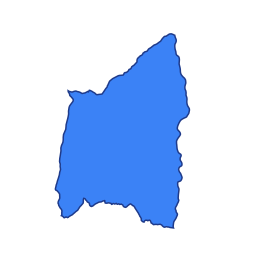 outline of Tipacoque, Boyacá, Colombia, rotated 12°
{"feature_id": "7082276B13744677473315", "entity_name": "Tipacoque", "entity_type": "district", "adm_level": 2, "iso_a3": "COL", "parent_name": "Colombia", "parent_adm1": "Boyacá", "projection": "robinson", "projection_center": [-72.693, 6.427], "detail": "fine", "context": "isolated", "style": "filled", "palette": "blue", "viewbox_px": 256, "rotation_deg": 12, "n_neighbors": 0, "source": "geoboundaries", "source_scale": "gbopen_adm2", "svg_char_len": 5812}
<svg xmlns="http://www.w3.org/2000/svg" viewBox="0 0 256 256"><g transform="rotate(12 128 128)"><path d="M61.7,104.0L62.0,105.0L63.2,106.2L64.0,107.4L64.2,108.1L64.7,108.6L66.0,109.4L67.9,110.9L68.5,111.6L68.7,112.4L68.6,113.5L67.0,116.9L66.3,118.6L66.1,120.0L66.3,123.8L67.0,126.7L67.1,129.0L67.1,131.0L67.0,132.9L66.8,137.7L67.1,139.6L67.4,142.2L66.3,147.8L66.6,150.7L67.0,152.5L67.2,153.9L67.3,155.4L67.0,157.2L66.6,158.8L66.5,161.5L67.2,164.4L67.5,169.5L67.6,172.0L68.0,174.9L68.6,176.3L69.2,177.2L69.6,179.7L70.6,182.4L70.6,183.9L70.4,185.3L70.6,188.3L70.2,192.8L70.0,194.2L69.9,197.0L69.6,198.9L69.7,199.6L69.6,202.2L69.7,203.0L70.2,203.7L71.6,204.1L72.7,204.9L73.5,205.5L74.8,206.8L75.0,207.5L75.8,210.6L75.8,211.2L75.7,211.8L75.3,213.2L75.1,214.3L75.1,215.0L75.2,216.1L75.6,216.4L76.3,218.0L77.4,219.3L78.7,220.7L79.5,221.2L80.4,222.3L80.8,223.8L80.8,224.5L81.2,226.2L81.3,226.8L81.0,227.6L81.7,227.7L82.5,228.0L82.9,228.2L84.0,229.0L84.7,228.9L85.3,228.2L86.4,227.9L86.6,227.9L87.0,228.1L87.5,228.2L88.2,227.7L88.7,226.9L89.4,226.2L89.9,225.9L90.0,225.7L91.6,224.4L91.9,224.0L92.7,222.7L93.2,222.3L93.9,221.2L95.1,219.7L95.6,219.3L95.9,218.9L96.2,218.0L97.3,215.1L97.6,214.5L98.1,213.9L99.5,211.3L99.7,210.9L99.7,209.8L99.3,207.8L99.2,207.0L99.3,206.0L99.4,205.9L100.8,206.2L101.6,207.2L102.2,207.4L102.7,207.7L103.1,208.3L103.7,208.8L104.9,209.1L105.4,209.4L106.1,210.1L106.3,211.0L106.9,211.8L107.8,212.2L107.9,212.3L108.4,212.1L108.7,212.3L109.9,211.5L110.3,210.9L112.1,208.8L112.9,208.3L114.8,206.7L115.7,206.3L117.1,205.9L118.7,204.6L119.4,204.3L120.0,203.9L120.3,203.9L120.5,204.9L120.8,205.2L121.0,205.3L121.2,206.0L121.3,206.1L122.0,206.1L123.0,205.9L124.7,205.2L127.0,205.3L127.5,205.4L127.7,205.6L127.7,206.0L127.9,206.1L128.3,205.9L128.4,205.6L129.0,205.1L129.4,204.9L129.9,204.9L130.3,205.1L130.9,205.1L131.2,204.9L132.1,204.2L132.3,204.2L132.7,204.6L133.5,204.8L134.0,204.5L134.5,204.1L134.9,204.1L135.5,204.5L136.9,204.1L137.1,203.9L137.5,203.9L139.0,204.5L139.6,205.4L140.8,206.1L141.3,206.0L142.1,206.1L142.3,206.0L142.7,205.7L143.4,204.9L143.9,204.0L144.5,203.4L145.1,202.6L146.2,201.7L146.4,201.7L146.7,201.8L147.0,202.0L147.5,202.3L147.9,202.4L148.4,202.7L148.6,202.9L149.7,203.0L150.7,203.9L151.1,204.1L151.4,204.7L151.9,205.2L155.3,208.6L155.6,208.8L156.3,209.8L157.1,210.6L157.8,211.7L158.1,212.0L158.4,212.2L160.0,214.1L160.0,215.2L160.1,215.4L161.4,216.4L162.0,216.6L163.2,216.7L163.2,216.2L163.7,215.2L164.0,214.9L164.7,214.5L166.1,214.3L166.5,214.6L167.0,214.4L167.7,213.8L168.1,213.7L168.8,213.8L169.0,213.9L170.5,216.1L170.8,216.0L171.2,216.3L173.0,217.2L175.1,216.5L176.4,216.3L176.8,216.4L179.3,215.5L179.7,215.5L180.3,215.7L181.1,215.8L181.7,216.4L182.7,217.0L184.0,217.5L185.1,217.1L185.9,216.6L186.7,216.5L186.9,216.5L187.5,216.6L188.1,216.4L189.7,216.6L193.3,216.3L193.0,215.8L192.6,214.8L192.3,211.6L192.3,210.4L192.4,209.8L193.4,207.2L193.7,206.3L194.3,203.2L194.3,202.1L194.2,201.8L192.5,200.0L192.2,198.9L191.9,198.4L191.4,197.9L191.2,197.5L191.1,197.1L191.0,196.1L191.1,195.5L191.3,194.9L191.8,193.4L192.0,192.0L192.6,189.8L192.7,188.2L192.5,187.7L192.1,187.3L191.8,186.5L191.6,185.9L191.1,182.4L190.8,178.7L190.6,177.4L190.4,176.8L190.0,176.2L188.9,174.6L188.5,173.5L188.0,171.6L188.0,171.1L188.1,170.6L188.3,170.2L190.2,169.0L190.5,168.7L190.8,168.1L191.2,166.6L191.2,165.4L191.1,165.0L190.6,164.1L188.8,161.4L188.3,161.0L187.8,160.7L187.6,160.4L186.9,159.5L186.2,158.2L186.1,157.8L186.1,157.3L186.2,156.4L186.4,155.9L187.0,154.9L188.0,154.1L188.3,153.7L188.4,153.3L188.4,152.8L188.3,152.1L188.1,151.5L187.7,150.7L187.2,150.1L186.3,149.2L185.9,148.7L185.4,147.6L185.3,146.5L185.5,145.3L185.7,144.7L185.7,144.1L185.6,143.5L185.1,142.8L183.0,141.9L181.9,140.9L180.6,138.7L180.2,137.7L179.3,134.8L179.1,134.1L178.8,133.4L178.3,131.4L178.2,130.5L178.5,129.1L179.0,127.6L180.3,124.7L180.5,123.9L180.6,123.3L180.4,122.6L180.1,122.0L179.1,120.9L177.0,119.4L176.5,118.7L176.2,117.8L176.2,115.6L176.9,112.2L177.6,110.2L177.9,109.5L179.2,108.0L181.1,106.4L182.3,105.6L183.0,104.9L183.7,102.8L184.0,102.2L184.4,100.9L184.4,97.8L184.1,96.7L183.5,95.8L181.8,94.0L181.0,92.7L180.4,91.3L180.0,89.8L179.7,87.5L179.2,86.0L177.9,83.8L177.5,81.5L176.9,79.8L175.9,78.4L175.3,77.1L175.0,75.3L175.2,72.1L175.0,71.2L174.3,69.1L173.1,67.7L170.8,66.3L169.2,65.0L168.2,63.7L167.6,62.2L166.9,59.6L166.2,57.9L164.7,54.8L164.5,53.6L164.1,50.6L163.7,49.3L163.2,48.3L162.6,47.6L160.5,46.6L160.0,46.1L159.6,45.4L158.9,43.4L157.6,40.9L157.3,40.0L156.9,38.9L156.6,37.4L156.5,36.4L157.0,34.4L157.1,33.3L157.0,32.4L156.6,31.3L155.3,29.4L154.4,27.5L153.9,27.5L152.5,27.1L151.0,26.9L150.4,27.0L149.4,27.3L148.7,27.7L146.2,30.3L145.1,30.6L144.4,31.1L143.9,32.0L143.1,33.2L141.9,36.2L141.7,36.5L140.9,37.3L138.7,39.8L137.5,40.7L136.2,41.5L133.5,44.8L132.1,46.0L131.5,46.9L131.2,47.8L130.6,49.0L129.7,49.5L129.0,49.8L128.4,50.2L128.2,50.4L128.1,50.9L127.4,51.3L127.1,51.9L127.1,52.4L126.6,53.5L126.1,54.2L125.0,54.8L124.5,55.8L123.5,56.9L123.3,57.5L122.9,58.0L122.8,58.5L122.7,59.5L122.8,60.4L123.0,61.1L123.0,61.5L122.8,62.0L120.7,65.5L120.1,66.0L119.6,66.6L119.0,67.2L118.9,67.5L118.6,68.9L118.3,69.6L117.3,70.2L116.8,70.6L116.6,71.6L116.3,72.3L115.7,73.1L114.6,74.2L113.7,74.3L113.1,74.8L112.8,75.3L112.7,76.1L112.4,77.0L112.0,77.3L111.5,77.5L108.6,78.4L107.6,78.9L103.2,82.5L102.5,83.2L100.5,85.7L100.2,86.3L99.4,90.1L99.3,90.5L99.1,90.8L99.1,91.5L99.0,92.4L98.1,94.0L96.8,97.3L96.4,98.3L96.0,99.2L95.4,100.3L93.5,100.9L92.8,101.1L91.0,101.8L90.5,101.9L89.6,101.6L88.4,100.8L87.6,100.5L86.5,100.2L85.3,99.7L83.4,99.2L82.6,99.1L82.3,99.2L81.8,100.8L81.1,100.6L78.7,102.6L75.9,103.8L75.6,103.7L75.0,103.5L73.8,103.1L72.5,102.9L70.8,102.9L69.5,102.7L68.7,102.9L67.4,103.5L66.2,104.3L65.5,104.5L64.6,104.5L62.9,104.4L62.2,104.2L61.7,104.0Z" fill="#3b82f6" stroke="#1e3a8a" stroke-width="1.5"/></g></svg>